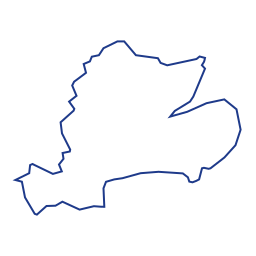 an SVG outline of Down
{"feature_id": "GBR-2099", "entity_name": "Down", "entity_type": "District", "adm_level": 1, "iso_a3": "GBR", "parent_name": "United Kingdom", "parent_adm1": "", "projection": "natural_earth1", "projection_center": [-5.809, 54.331], "detail": "fine", "context": "isolated", "style": "outline", "palette": "blue", "viewbox_px": 256, "rotation_deg": 0, "n_neighbors": 0, "source": "natural_earth", "source_scale": "10m", "svg_char_len": 993}
<svg xmlns="http://www.w3.org/2000/svg" viewBox="0 0 256 256"><path d="M199.6,56.5L205.0,57.9L204.5,60.2L204.0,61.8L201.9,65.2L205.0,68.6L193.3,96.6L190.0,101.6L174.8,110.9L170.2,116.6L187.2,111.8L206.5,103.2L224.3,99.4L236.5,109.3L240.6,129.7L235.5,145.2L224.4,157.5L210.5,168.3L208.6,168.8L203.9,167.8L202.0,168.3L199.1,179.4L196.2,180.9L192.5,182.3L189.3,181.6L187.9,177.3L182.8,173.4L158.5,171.8L140.6,173.2L122.5,178.2L114.3,179.4L106.0,181.8L103.5,188.3L104.3,206.8L100.7,206.7L93.9,206.2L79.6,209.6L62.4,201.7L55.5,205.7L46.5,206.0L36.9,214.6L34.7,213.8L25.0,197.4L21.9,181.7L15.4,180.0L29.2,173.2L30.1,165.1L32.4,164.0L52.9,173.9L61.8,171.4L59.0,164.5L63.5,158.8L62.6,153.0L69.8,151.5L70.2,149.6L62.0,133.4L60.6,122.3L73.6,110.7L74.3,108.8L69.1,101.6L76.5,95.8L72.2,85.5L74.1,81.7L86.0,72.8L83.7,64.0L89.9,61.4L91.8,56.7L98.9,55.2L103.5,48.2L117.4,41.4L124.2,41.4L135.9,55.2L157.9,58.2L160.6,62.9L167.2,65.3L196.5,59.0L199.6,56.5Z" fill="none" stroke="#1e3a8a" stroke-width="2"/></svg>